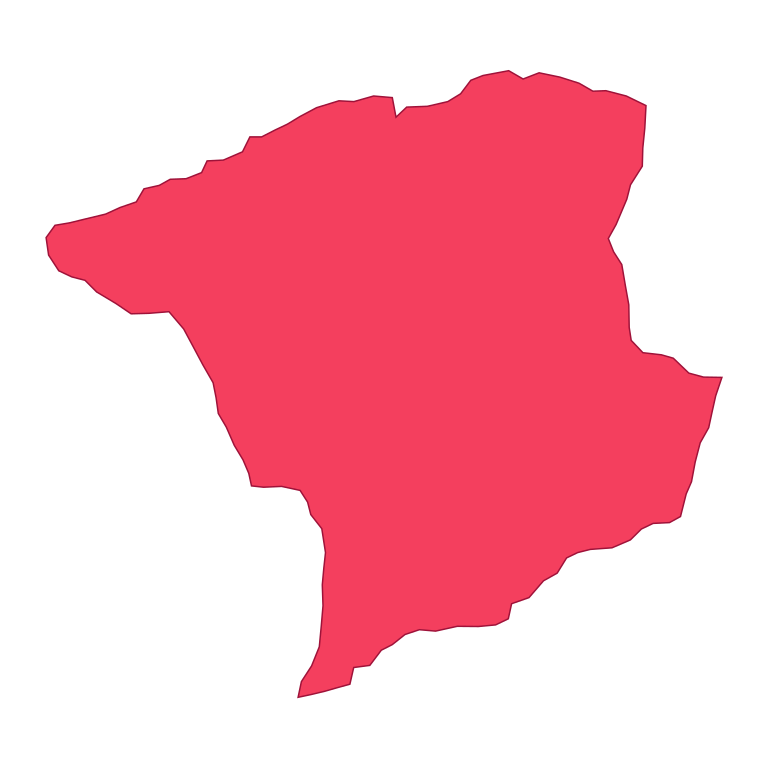 Ribeirão Corrente, São Paulo, Brazil (Albers equal-area conic projection)
{"feature_id": "56859067B56009321964576", "entity_name": "Ribeirão Corrente", "entity_type": "district", "adm_level": 2, "iso_a3": "BRA", "parent_name": "Brazil", "parent_adm1": "São Paulo", "projection": "albers", "projection_center": [-47.577, -20.458], "detail": "fine", "context": "isolated", "style": "filled", "palette": "rose", "viewbox_px": 768, "rotation_deg": 0, "n_neighbors": 0, "source": "geoboundaries", "source_scale": "gbopen_adm2", "svg_char_len": 1681}
<svg xmlns="http://www.w3.org/2000/svg" viewBox="0 0 768 768"><path d="M605.9,90.7L592.9,91.2L579.0,83.2L559.8,77.1L539.1,72.8L523.1,79.0L508.7,70.7L483.0,75.5L470.8,80.3L460.6,93.8L447.8,101.6L427.4,106.3L406.7,107.1L396.0,117.2L392.3,97.6L373.6,96.0L353.9,101.6L338.9,100.8L316.5,107.7L300.0,116.5L287.3,124.2L275.1,130.0L261.6,136.9L249.9,136.9L242.5,151.8L223.3,160.1L207.1,160.9L201.6,172.6L186.1,178.7L170.2,179.3L159.2,185.4L144.0,188.8L136.3,201.9L120.1,207.5L105.6,214.1L85.7,218.9L69.3,222.9L55.0,225.3L46.1,237.6L48.6,255.1L58.8,270.8L71.8,276.9L85.0,280.3L96.7,292.0L115.9,303.5L131.1,313.8L149.0,313.3L169.0,311.7L183.7,329.0L192.4,345.2L202.9,364.9L213.1,382.7L216.1,397.8L218.3,413.5L226.3,427.1L234.3,445.4L243.0,459.8L248.8,473.4L251.5,485.9L263.5,487.2L281.6,486.4L300.1,490.4L307.6,502.1L310.8,514.6L321.8,528.7L325.5,552.6L323.8,568.3L322.3,584.8L323.0,605.8L321.3,625.7L319.3,646.8L311.6,665.9L301.4,681.6L298.1,697.3L310.8,694.6L325.0,691.2L337.2,687.7L349.9,684.2L353.7,667.5L369.8,665.4L381.3,650.2L392.3,644.6L405.0,634.5L419.4,629.7L435.6,631.1L457.3,626.3L478.4,626.5L495.6,624.9L508.3,618.8L511.6,603.7L529.0,597.6L543.5,580.8L557.2,573.1L566.6,557.9L577.6,552.6L590.3,549.4L612.0,547.8L630.4,539.9L641.4,529.0L653.1,523.4L669.5,522.6L680.5,516.5L686.2,493.9L691.5,481.7L695.2,462.0L700.2,442.8L708.7,427.7L711.9,412.8L715.7,395.8L721.9,377.4L703.5,377.1L688.8,373.1L673.3,358.2L661.4,354.8L642.9,352.7L631.2,340.4L629.2,327.4L628.8,304.8L625.5,286.4L621.8,264.6L613.6,251.8L608.3,238.5L616.1,224.5L626.8,199.2L630.5,184.8L642.3,166.2L642.8,148.1L644.8,128.2L646.0,105.6L626.3,96.0L605.9,90.7Z" fill="#f43f5e" stroke="#9f1239" stroke-width="1.5"/></svg>